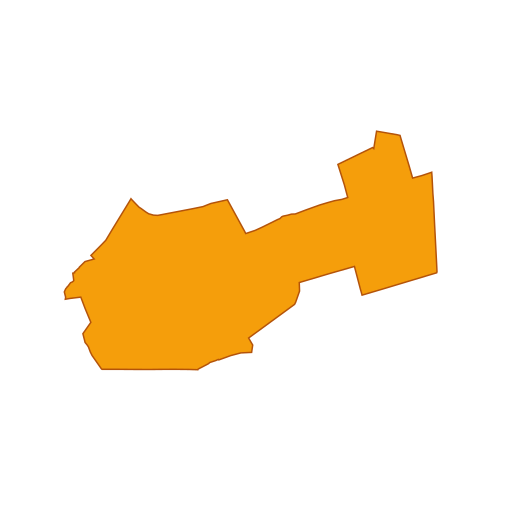 the district of Simand, Arad, Romania, rotated 234°
{"feature_id": "2599482B98372342042544", "entity_name": "Simand", "entity_type": "district", "adm_level": 2, "iso_a3": "ROU", "parent_name": "Romania", "parent_adm1": "Arad", "projection": "orthographic", "projection_center": [21.427, 46.377], "detail": "fine", "context": "isolated", "style": "filled", "palette": "amber", "viewbox_px": 512, "rotation_deg": 234, "n_neighbors": 0, "source": "geoboundaries", "source_scale": "gbopen_adm2", "svg_char_len": 1936}
<svg xmlns="http://www.w3.org/2000/svg" viewBox="0 0 512 512"><g transform="rotate(234 256 256)"><path d="M268.9,443.4L271.0,441.6L281.8,431.1L286.1,426.9L273.7,414.4L275.2,414.1L277.4,401.9L282.0,376.1L261.6,369.3L249.4,364.6L251.3,358.8L254.6,352.0L256.9,345.8L259.7,337.9L263.9,323.5L266.9,312.5L269.1,309.2L270.4,305.6L272.3,301.4L272.6,299.9L272.2,297.3L272.8,294.9L275.7,277.9L277.2,270.4L280.2,260.9L282.7,261.3L318.3,265.9L325.0,250.4L326.2,245.8L327.1,242.2L331.6,232.3L342.7,208.7L346.6,200.4L349.3,197.1L352.0,195.0L353.2,194.0L353.5,193.9L356.2,192.8L362.1,190.9L364.1,190.1L364.5,190.0L364.8,190.0L365.2,189.9L366.1,189.8L368.0,189.5L369.5,189.3L374.7,188.6L375.5,188.5L375.8,188.5L374.8,186.2L374.0,184.3L362.2,155.9L360.2,151.2L357.0,143.7L355.6,135.8L353.5,122.8L348.7,123.3L352.0,114.4L351.8,113.0L350.8,106.5L350.5,106.3L349.7,99.7L349.1,99.4L349.6,98.1L349.8,97.7L343.2,94.1L343.0,93.3L343.0,92.8L343.0,92.0L343.2,91.1L343.4,90.3L342.5,87.4L342.0,85.8L342.1,85.3L341.8,84.8L341.3,82.7L339.6,79.8L334.6,77.8L333.1,76.3L331.1,80.4L325.7,90.1L314.4,87.0L299.4,83.4L294.9,70.3L290.7,68.6L289.4,68.1L286.5,66.9L283.4,67.1L281.0,67.0L275.6,65.5L271.8,64.9L255.4,64.6L254.8,64.9L245.2,78.1L238.1,87.7L232.9,94.8L226.6,103.4L220.5,112.0L212.3,123.4L203.4,135.4L201.6,137.7L199.6,140.3L198.2,142.1L198.3,142.2L198.5,142.7L198.3,144.4L198.0,146.1L196.8,154.3L197.0,156.0L195.9,159.4L195.0,162.2L194.5,164.7L193.8,164.8L191.5,172.8L190.3,177.0L186.5,186.8L180.6,195.8L185.9,201.0L194.0,201.8L194.1,235.0L194.2,258.8L195.3,260.9L202.0,270.6L209.1,275.4L199.7,302.0L198.6,305.1L189.7,329.5L180.2,325.8L167.4,320.8L165.4,320.1L162.0,318.8L154.6,339.7L139.4,383.2L136.2,392.3L136.8,393.1L139.2,394.7L143.3,397.4L176.5,419.0L195.7,431.6L202.7,435.9L210.8,441.2L217.1,445.3L220.5,447.4L220.8,446.3L223.6,437.4L227.0,428.5L238.5,432.7L250.5,436.9L265.3,442.1L268.9,443.4Z" fill="#f59e0b" stroke="#b45309" stroke-width="1.5"/></g></svg>